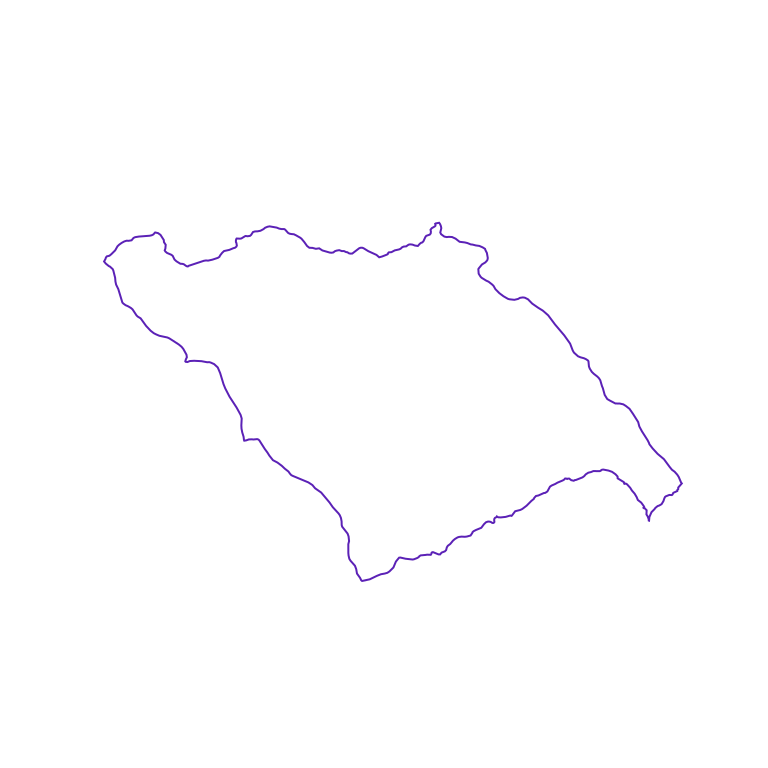 the district of Galán, Santander, Colombia, rotated 308°
{"feature_id": "7082276B89750880052970", "entity_name": "Galán", "entity_type": "district", "adm_level": 2, "iso_a3": "COL", "parent_name": "Colombia", "parent_adm1": "Santander", "projection": "natural_earth1", "projection_center": [-73.323, 6.674], "detail": "fine", "context": "isolated", "style": "outline", "palette": "violet", "viewbox_px": 768, "rotation_deg": 308, "n_neighbors": 0, "source": "geoboundaries", "source_scale": "gbopen_adm2", "svg_char_len": 6146}
<svg xmlns="http://www.w3.org/2000/svg" viewBox="0 0 768 768"><g transform="rotate(308 384 384)"><path d="M545.0,328.2L542.4,325.9L541.7,325.7L541.3,326.4L540.4,327.1L539.4,327.0L536.2,325.7L534.2,325.7L532.9,327.2L531.4,328.1L529.9,328.1L526.8,326.1L525.3,326.1L520.7,327.2L519.1,327.0L518.1,326.3L516.6,325.9L513.6,325.7L512.1,323.0L511.4,320.7L510.4,319.0L509.4,317.9L508.1,317.3L506.2,316.8L504.4,314.9L502.9,314.1L500.8,313.8L499.3,313.0L495.9,310.2L492.5,308.7L490.6,306.7L489.2,306.7L488.6,307.0L487.7,306.6L483.3,304.0L480.9,302.2L481.1,298.6L479.0,289.8L478.4,284.2L477.9,282.8L477.0,281.7L475.8,280.9L467.3,278.7L466.0,277.2L465.4,275.9L465.3,274.1L464.6,272.9L464.1,270.6L462.8,269.0L461.9,266.3L459.9,264.5L458.3,263.5L456.5,263.1L455.1,261.8L454.2,260.4L451.3,253.2L451.0,249.4L448.6,247.1L447.2,243.8L445.4,241.3L445.4,238.4L446.8,233.7L447.7,229.5L447.7,227.9L447.0,223.1L446.5,220.8L445.1,218.6L444.3,217.0L444.0,215.4L444.8,211.0L444.6,209.9L442.9,207.7L441.9,205.7L441.2,203.2L437.8,196.8L436.2,195.4L433.9,194.1L431.9,193.7L428.7,192.3L426.5,190.4L424.8,188.4L423.1,187.2L419.7,187.5L418.2,187.2L416.4,185.5L415.5,183.9L414.9,183.5L410.9,182.0L409.9,181.1L407.9,178.3L407.1,178.4L406.0,178.9L404.7,179.9L404.3,180.8L402.5,182.8L401.3,183.1L399.6,182.7L398.3,181.7L394.4,179.5L390.3,176.1L387.7,175.7L384.4,175.7L382.9,176.0L381.1,175.4L376.3,172.2L372.9,169.4L371.8,167.7L370.2,166.2L356.7,157.2L355.9,157.1L355.4,156.3L355.2,155.2L355.1,152.4L354.4,150.9L353.4,149.5L352.9,144.9L353.1,142.3L354.9,138.6L354.9,136.9L353.7,132.3L353.8,130.1L354.3,128.9L356.0,128.4L359.3,126.3L360.3,123.3L361.9,121.8L363.9,116.1L363.8,113.1L362.6,110.5L362.4,110.3L359.9,110.2L358.2,109.4L356.5,108.0L349.3,100.1L346.5,97.5L344.9,96.7L341.8,96.6L339.6,94.6L338.5,93.0L336.5,91.6L333.7,90.4L330.6,89.5L328.4,89.2L323.8,89.9L318.4,89.2L316.1,88.7L313.9,87.0L312.4,87.0L311.2,87.5L308.2,88.0L307.6,90.6L307.5,94.6L307.8,95.7L307.5,99.5L306.8,100.8L302.2,106.7L299.4,109.3L297.4,111.7L295.2,116.2L287.1,127.7L286.9,129.1L287.0,131.9L287.6,134.1L287.9,136.1L288.1,137.9L288.0,139.9L285.7,146.7L285.5,148.4L285.9,151.8L283.3,160.8L282.3,167.3L282.3,171.3L282.8,173.9L283.7,177.3L287.3,184.7L287.8,186.8L288.8,197.9L288.7,201.5L288.1,204.2L285.5,210.3L283.7,212.2L281.4,212.7L279.5,213.5L279.4,214.1L280.3,215.6L282.5,216.8L285.4,220.1L289.6,226.1L292.3,231.3L293.6,232.8L294.2,234.2L295.1,237.9L294.7,242.8L291.7,248.2L285.1,257.6L282.8,261.6L278.9,270.1L274.7,282.3L271.4,290.0L269.2,293.1L263.5,297.1L261.0,299.3L258.5,302.2L256.0,305.8L253.7,308.1L253.3,308.8L254.7,310.1L257.2,311.7L259.1,314.0L259.9,315.3L262.3,317.8L262.7,318.4L262.9,319.4L262.8,320.5L259.4,330.1L258.2,334.4L257.0,337.7L255.6,343.4L256.5,348.4L256.6,353.9L256.2,358.0L256.2,362.6L255.5,364.9L255.1,367.0L255.4,368.6L259.9,385.0L260.3,389.8L259.4,393.9L259.8,401.3L257.1,414.0L255.4,419.5L254.0,427.9L253.4,429.9L251.9,432.6L249.6,435.2L246.8,437.5L245.8,438.9L243.7,447.4L242.1,449.9L238.7,453.2L235.8,454.5L228.8,460.0L227.0,461.7L224.9,464.3L224.1,466.5L222.9,473.0L221.0,476.1L218.0,479.4L216.5,484.5L215.3,486.9L215.3,488.0L221.3,493.0L228.4,496.5L232.2,498.7L235.1,501.3L237.3,502.9L239.7,503.7L245.2,504.4L251.4,502.7L256.4,502.8L257.3,503.7L259.6,508.6L263.3,514.6L264.3,515.5L267.3,517.3L268.9,517.9L270.1,517.9L271.5,518.4L275.0,522.1L276.0,523.0L278.2,526.0L279.7,525.8L280.3,525.4L281.2,525.6L281.7,526.2L283.3,531.9L284.2,533.1L286.6,533.2L289.6,535.0L291.4,535.2L293.9,534.1L295.8,533.9L298.7,534.7L303.0,534.8L305.5,535.3L308.4,536.4L309.7,537.3L311.5,539.1L313.4,541.8L314.8,543.2L317.9,545.5L320.9,545.3L321.7,545.0L323.1,545.2L325.5,546.3L330.6,549.2L335.1,549.1L337.9,549.5L339.7,550.7L340.7,552.2L341.1,553.5L341.2,554.9L341.9,555.8L342.7,556.0L343.3,555.9L344.7,554.5L345.9,553.9L346.9,553.9L348.4,554.6L349.1,554.5L349.0,555.2L349.5,556.4L350.8,558.2L354.2,561.7L358.1,564.5L358.5,565.6L358.9,565.8L364.5,565.7L368.6,568.9L370.6,569.9L375.9,571.3L382.6,572.1L385.7,572.8L386.7,572.5L389.3,572.7L391.2,574.3L396.5,577.1L397.5,578.1L399.9,578.9L405.3,578.0L407.2,578.6L410.7,580.5L413.0,581.4L418.0,584.2L419.5,584.8L421.0,584.9L421.6,585.6L421.9,586.8L422.6,587.1L423.5,588.2L423.5,590.8L424.6,593.1L425.7,593.5L426.5,594.3L432.6,597.9L434.7,598.5L437.0,598.6L439.9,599.6L442.0,601.3L444.3,602.6L448.1,607.6L449.1,608.2L449.9,608.2L450.7,608.6L451.6,609.5L454.0,614.2L455.2,617.8L455.4,622.0L454.9,625.0L453.5,626.2L454.3,633.1L454.2,633.9L453.4,634.5L453.3,634.9L454.4,635.9L454.6,637.2L453.8,641.9L452.7,644.9L451.9,649.0L450.4,652.8L448.9,655.4L448.9,659.7L447.8,663.6L447.3,664.7L446.2,664.7L446.2,665.4L446.6,665.9L446.2,668.7L442.8,671.1L442.0,673.3L440.5,675.7L439.4,676.7L439.5,677.0L442.6,675.0L447.7,673.7L452.0,674.2L453.2,674.1L455.6,674.6L456.5,674.9L457.5,675.6L459.1,676.3L460.3,676.7L463.7,676.3L466.5,675.3L468.0,675.0L468.9,675.2L472.2,677.1L473.7,679.2L474.5,679.4L476.4,679.0L480.2,681.0L481.1,680.4L482.2,680.6L483.6,679.6L489.0,679.9L489.3,678.7L492.2,673.5L493.1,670.9L493.8,667.0L493.7,663.7L494.5,660.2L497.1,650.9L497.4,642.6L498.6,635.4L499.9,630.3L500.7,629.1L502.0,626.3L505.5,616.4L507.7,611.4L510.5,607.7L513.7,598.8L515.6,592.7L515.6,588.0L515.3,585.1L513.8,581.9L511.1,578.3L510.0,572.2L509.6,569.2L511.3,564.6L515.4,559.1L516.6,557.0L520.1,552.1L520.9,549.8L521.2,547.5L521.2,543.0L521.5,540.3L522.8,536.7L524.0,534.7L527.8,531.1L528.1,530.1L527.9,527.8L527.4,525.7L526.0,522.4L525.3,519.8L525.7,514.3L526.6,512.1L530.4,505.8L533.3,496.1L536.2,482.1L539.2,471.1L539.6,463.9L539.0,458.5L538.6,451.3L539.4,445.3L538.7,441.8L537.7,440.1L535.6,438.1L533.6,437.3L530.6,434.9L528.0,430.7L527.4,429.2L526.7,424.1L526.6,419.0L527.3,413.5L528.8,409.8L529.0,407.7L529.0,403.4L528.4,401.0L527.8,395.5L528.0,394.0L529.2,390.7L532.6,387.6L533.6,387.5L538.5,387.6L542.2,389.0L544.8,389.2L545.7,389.0L547.2,388.2L550.6,384.4L551.9,381.6L552.7,380.4L552.4,377.6L551.5,374.1L549.7,371.0L548.4,368.0L547.4,366.4L546.4,362.9L545.3,360.5L542.6,356.0L542.6,350.9L541.7,347.1L539.8,344.4L538.4,343.0L537.3,340.8L537.2,336.8L538.0,335.1L542.1,333.2L543.4,331.7L544.5,329.8L545.0,328.2Z" fill="none" stroke="#5b21b6" stroke-width="2"/></g></svg>